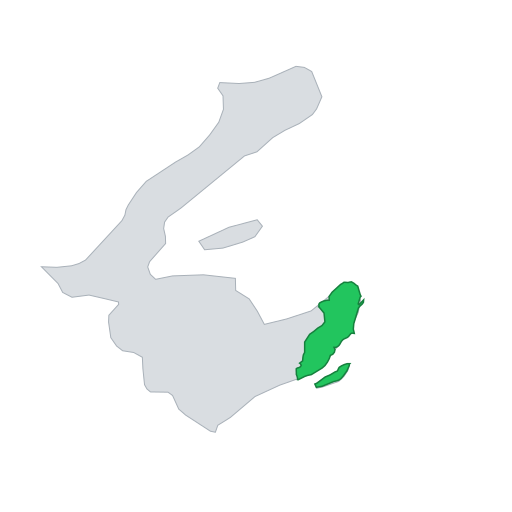 Haiti, with Nord-Ouest highlighted, rotated 134°
{"feature_id": "HTI-1361", "entity_name": "Nord-Ouest", "entity_type": "Department", "adm_level": 1, "iso_a3": "HTI", "parent_name": "Haiti", "parent_adm1": "", "projection": "natural_earth1", "projection_center": [-72.992, 19.852], "detail": "fine", "context": "in_parent", "style": "filled", "palette": "green", "viewbox_px": 512, "rotation_deg": 134, "n_neighbors": 0, "source": "natural_earth", "source_scale": "10m", "svg_char_len": 2908}
<svg xmlns="http://www.w3.org/2000/svg" viewBox="0 0 512 512"><g transform="rotate(134 256 256)"><path d="M411.0,162.8L413.7,167.1L419.3,196.0L419.8,205.2L414.3,219.1L415.1,224.7L427.1,237.5L427.4,242.1L426.0,246.8L415.7,259.0L407.8,267.4L410.4,277.0L416.8,286.1L417.6,293.7L415.6,303.7L405.9,316.2L400.8,320.7L386.2,321.2L384.6,323.0L391.8,335.2L400.1,349.0L413.5,359.7L416.5,369.7L413.3,379.3L412.8,402.9L402.5,391.4L391.2,381.9L384.4,378.1L377.4,375.8L323.7,377.0L317.7,378.7L313.0,381.7L308.0,383.3L293.2,386.1L278.5,386.8L244.2,379.1L230.6,375.1L216.9,372.6L201.2,373.4L185.6,375.7L173.1,381.3L163.7,391.0L161.9,400.1L156.4,402.5L143.7,388.0L132.1,377.7L118.9,370.0L91.8,359.0L86.8,352.3L84.6,344.1L95.7,319.2L108.1,314.6L115.0,313.7L130.4,316.8L145.5,322.5L159.2,326.2L180.4,327.7L192.0,333.8L273.6,343.3L289.1,346.3L295.1,345.3L300.4,341.5L304.8,334.8L309.8,329.7L334.0,328.6L339.1,326.3L342.6,319.3L342.5,312.0L328.3,302.2L306.0,280.7L286.4,255.3L294.9,246.7L291.6,231.1L294.8,216.7L299.4,202.5L280.1,190.3L257.2,178.2L225.5,174.4L215.7,171.3L210.6,162.3L215.2,150.1L225.5,143.3L237.3,139.2L249.4,136.3L278.5,132.8L307.4,136.7L332.4,149.2L357.8,159.1L389.9,162.3L404.3,165.9L411.0,162.8ZM287.2,297.3L285.1,307.4L254.1,295.4L229.1,280.3L230.1,272.1L242.9,270.2L255.2,275.2L273.3,285.3L287.2,297.3ZM304.1,117.2L309.0,120.5L307.2,124.6L295.0,122.1L282.4,117.5L278.3,118.6L275.7,118.0L268.4,113.6L274.8,110.3L281.5,109.1L288.8,109.4L304.1,117.2Z" fill="#d9dde1" stroke="#a8b0b8" stroke-width="1"/><path d="M249.0,175.6L248.8,175.6L248.2,175.9L247.7,176.6L246.9,177.3L245.6,177.6L243.8,177.1L241.1,175.9L238.5,174.2L236.9,172.6L234.4,175.3L229.2,176.1L217.7,175.4L215.4,174.7L214.1,174.6L213.3,174.0L211.1,171.3L210.0,170.7L208.3,169.4L207.6,166.6L207.4,163.6L207.0,161.9L211.4,154.2L212.0,152.5L213.2,152.5L219.5,149.2L219.5,148.1L212.8,148.1L214.8,146.5L217.1,146.2L219.5,146.4L222.0,146.3L236.7,138.7L241.0,135.2L243.4,131.5L244.8,133.4L246.2,133.9L249.7,133.5L251.4,133.8L254.6,135.1L256.3,135.4L257.7,135.3L258.5,135.2L260.9,134.5L262.7,134.2L264.6,134.4L266.2,135.1L267.5,136.4L268.4,134.2L270.7,132.8L273.4,132.5L275.8,133.5L279.0,132.0L282.8,130.9L286.9,130.3L290.6,130.6L302.9,133.8L306.0,135.9L308.5,137.2L315.7,139.7L316.1,140.3L315.1,141.1L313.9,143.1L313.1,144.8L312.1,145.7L310.8,147.1L309.2,148.7L307.9,148.5L306.7,147.7L304.8,147.1L303.1,147.6L302.7,149.3L302.8,150.2L299.1,149.6L296.1,152.0L294.1,153.3L291.6,154.0L284.1,161.2L275.0,163.0L270.0,162.0L265.0,161.5L260.2,160.2L255.5,160.7L249.8,167.4L248.9,175.2L249.0,175.6ZM281.6,109.9L285.1,109.7L287.4,110.1L289.5,111.1L292.3,112.9L303.7,117.9L308.5,121.4L307.2,124.7L305.2,123.8L295.0,122.2L290.2,120.1L284.4,118.6L282.4,117.6L281.0,117.9L279.6,118.5L278.2,118.8L275.7,118.2L272.8,117.1L270.1,115.6L268.4,113.8L268.9,113.8L269.2,113.6L269.9,112.9L275.5,110.8L281.6,109.9Z" fill="#22c55e" stroke="#15803d" stroke-width="1.5"/></g></svg>